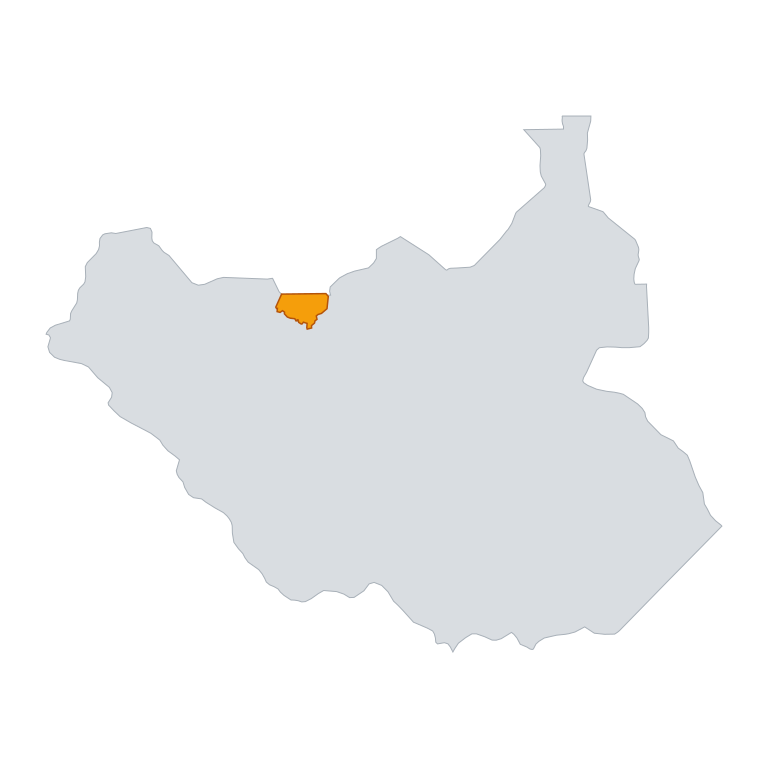 Twic, Northern Bahr el Ghazal, South Sudan shown in context
{"feature_id": "79223893B10116449599990", "entity_name": "Twic", "entity_type": "district", "adm_level": 2, "iso_a3": "SSD", "parent_name": "South Sudan", "parent_adm1": "Northern Bahr el Ghazal", "projection": "orthographic", "projection_center": [28.357, 9.063], "detail": "fine", "context": "in_parent", "style": "filled", "palette": "amber", "viewbox_px": 768, "rotation_deg": 0, "n_neighbors": 0, "source": "geoboundaries", "source_scale": "gbopen_adm2", "svg_char_len": 4182}
<svg xmlns="http://www.w3.org/2000/svg" viewBox="0 0 768 768"><path d="M644.2,605.3L619.5,630.6L617.7,632.1L614.7,634.1L604.6,634.3L594.3,633.2L584.7,626.9L575.0,632.0L568.8,633.7L565.2,634.3L556.5,635.2L544.3,638.0L538.8,641.4L535.9,644.1L533.4,649.0L532.2,649.5L530.0,649.0L526.8,647.0L520.3,644.3L517.0,638.1L514.0,634.4L511.5,632.4L501.2,638.7L496.2,640.2L492.1,640.1L484.6,636.7L476.3,633.8L472.0,633.8L465.7,637.6L458.4,643.2L454.7,648.7L452.9,652.0L450.3,646.9L447.9,643.8L444.4,642.7L437.5,643.9L435.8,642.2L435.4,637.9L434.4,634.0L432.7,631.0L427.3,628.1L413.5,622.2L402.8,610.3L397.5,604.8L393.6,601.2L388.0,591.8L381.7,585.4L374.1,582.4L369.1,583.9L363.9,590.8L354.1,597.4L349.6,597.6L343.9,594.1L336.7,591.6L323.7,590.5L318.3,593.6L311.3,598.6L305.4,601.6L301.7,601.9L298.2,600.7L294.3,600.1L291.0,600.0L284.0,595.4L280.4,592.1L278.0,588.9L274.1,586.7L269.6,584.8L266.3,582.0L264.7,578.4L262.1,573.8L258.7,569.6L248.2,562.2L245.0,557.8L242.8,553.5L238.5,548.8L233.9,542.4L232.4,533.2L232.2,525.7L231.3,522.3L229.3,518.8L227.0,515.9L223.4,512.6L214.8,507.8L205.9,502.2L201.6,498.9L193.5,497.7L188.7,494.5L184.7,487.5L183.0,481.9L179.0,477.6L177.2,474.4L176.3,470.8L179.5,459.8L174.9,455.9L167.9,450.8L162.9,445.2L159.8,440.1L150.9,433.3L131.4,423.1L120.1,416.6L114.0,410.8L108.6,405.1L108.1,402.8L111.6,397.2L112.2,392.6L109.4,387.4L97.7,377.7L88.5,367.0L81.5,363.6L64.5,360.5L59.6,359.3L54.5,357.2L49.6,352.4L47.9,346.8L50.5,337.8L48.9,335.0L46.1,334.2L46.9,332.3L50.2,328.0L55.4,325.2L69.5,320.9L70.3,319.2L70.6,313.5L71.8,310.8L76.7,303.0L77.4,299.9L77.7,293.3L78.4,290.2L79.8,287.9L83.7,284.1L85.0,281.8L85.7,276.7L85.3,266.6L87.3,262.6L96.2,253.6L98.6,249.5L99.5,245.9L99.4,242.1L100.0,238.5L102.7,234.9L104.9,233.8L111.4,232.8L115.8,233.5L146.8,227.5L150.4,228.4L152.0,232.1L151.8,238.0L152.3,240.9L153.9,243.0L158.8,245.8L162.2,250.5L164.0,252.3L169.0,255.5L191.9,282.7L198.3,285.2L204.7,284.3L217.2,278.8L223.5,277.4L267.4,279.1L272.3,278.3L272.6,278.4L279.2,291.9L282.4,295.0L330.6,295.2L329.6,291.3L330.2,287.0L338.7,278.7L339.9,277.7L347.3,273.7L354.6,271.1L368.5,267.9L373.6,263.0L376.4,258.5L376.4,249.7L378.3,248.3L381.6,246.2L397.7,238.3L400.4,236.6L428.9,254.8L445.0,269.2L446.0,269.9L446.8,270.1L447.6,269.6L448.4,268.9L450.3,268.3L457.1,268.0L470.1,267.2L474.3,265.5L500.0,239.4L506.5,231.1L508.1,229.4L511.8,223.5L515.7,213.3L516.4,212.2L544.4,187.6L545.4,185.7L545.7,184.2L541.3,176.1L540.3,172.0L540.0,165.6L540.7,155.7L540.4,149.4L539.9,147.7L539.7,147.4L523.8,129.7L563.5,129.1L563.5,126.8L563.4,126.1L562.6,124.0L562.1,121.2L562.1,119.6L562.3,118.1L562.3,117.3L562.2,116.6L562.2,116.3L562.4,116.0L590.9,116.0L590.7,121.1L587.4,133.0L587.6,140.1L586.9,148.2L586.0,150.6L584.5,152.6L584.0,153.6L584.0,154.5L590.7,199.8L590.3,201.7L588.8,204.6L588.4,205.5L588.3,206.2L588.9,206.7L602.2,211.4L602.9,211.7L603.4,212.1L608.2,217.9L634.6,239.1L635.5,240.2L638.3,246.9L638.6,247.9L638.8,249.5L638.7,250.8L638.1,254.9L638.4,256.7L638.8,257.9L639.2,259.3L639.2,259.7L639.0,260.7L635.3,268.6L634.1,274.2L633.8,278.9L634.1,281.6L634.5,283.3L634.9,284.0L635.3,284.3L646.6,284.1L646.5,286.6L648.7,327.6L648.7,332.3L648.4,338.0L647.1,340.3L644.0,343.6L640.0,346.7L629.8,347.6L621.4,347.6L615.3,347.1L607.1,346.9L599.4,347.7L596.6,350.2L586.6,372.2L583.5,377.7L582.7,380.9L583.7,382.7L587.7,385.4L596.6,389.2L606.6,391.3L614.2,392.2L619.3,393.2L623.3,394.3L637.7,404.0L642.3,408.5L644.9,412.6L645.6,416.9L647.7,421.2L660.9,434.7L673.4,440.9L678.2,448.1L682.9,451.5L687.3,455.2L689.7,460.8L695.3,477.2L699.0,485.7L702.8,492.6L704.4,504.0L707.4,509.1L710.5,515.3L715.6,520.8L720.9,525.0L721.9,526.1L668.5,580.4L644.2,605.3Z" fill="#d9dde1" stroke="#a8b0b8" stroke-width="1"/><path d="M275.8,307.1L276.5,308.5L277.4,308.4L277.1,311.6L280.1,312.4L282.5,310.7L284.5,312.1L284.4,313.8L287.3,317.0L290.3,318.2L294.8,318.7L296.0,320.9L297.3,320.8L297.3,319.8L298.0,319.8L298.7,322.4L301.2,324.0L302.1,323.9L303.4,322.2L307.1,323.4L306.8,327.7L307.2,329.1L311.6,328.0L311.5,325.6L314.5,323.1L315.0,320.8L317.0,319.4L316.3,315.9L318.0,314.5L321.5,313.4L327.0,308.7L328.3,296.4L325.9,293.6L281.6,294.1L275.8,307.1Z" fill="#f59e0b" stroke="#b45309" stroke-width="1.5"/></svg>